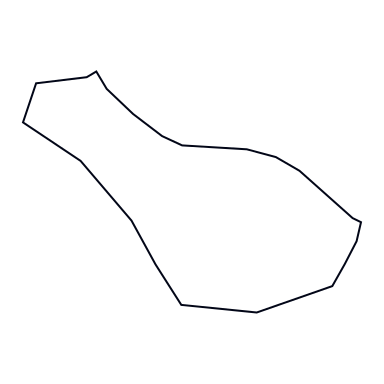 SVG path tracing the border of Sumqayıt
{"feature_id": "AZE-1717", "entity_name": "Sumqayıt", "entity_type": "Municipality", "adm_level": 1, "iso_a3": "AZE", "parent_name": "Azerbaijan", "parent_adm1": "", "projection": "albers", "projection_center": [49.598, 40.601], "detail": "fine", "context": "isolated", "style": "outline", "palette": "ink", "viewbox_px": 384, "rotation_deg": 0, "n_neighbors": 0, "source": "natural_earth", "source_scale": "10m", "svg_char_len": 380}
<svg xmlns="http://www.w3.org/2000/svg" viewBox="0 0 384 384"><path d="M96.3,71.5L106.7,88.9L133.1,114.0L162.1,136.1L182.1,145.4L246.8,149.3L275.9,157.1L299.5,170.8L352.6,218.1L361.0,222.2L356.6,241.2L344.8,264.0L332.3,286.1L256.7,312.5L181.3,304.9L155.5,264.4L131.5,220.6L80.6,160.9L23.0,122.4L36.1,83.3L86.7,77.2L96.3,71.5Z" fill="none" stroke="#020617" stroke-width="2"/></svg>